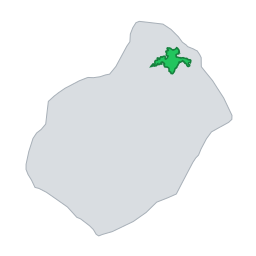 Lithipeng, Mohale's Hoek, Lesotho shown in context, rotated 176°
{"feature_id": "5366337B6317633557829", "entity_name": "Lithipeng", "entity_type": "district", "adm_level": 2, "iso_a3": "LSO", "parent_name": "Lesotho", "parent_adm1": "Mohale's Hoek", "projection": "albers", "projection_center": [27.697, -30.239], "detail": "fine", "context": "in_parent", "style": "filled", "palette": "green", "viewbox_px": 256, "rotation_deg": 176, "n_neighbors": 0, "source": "geoboundaries", "source_scale": "gbopen_adm2", "svg_char_len": 5844}
<svg xmlns="http://www.w3.org/2000/svg" viewBox="0 0 256 256"><g transform="rotate(176 128 128)"><path d="M173.3,178.5L165.3,181.0L164.2,181.2L159.0,180.6L152.2,181.1L146.8,182.5L142.6,183.0L135.8,190.2L123.4,209.8L120.1,213.9L119.1,221.6L116.2,227.7L112.7,232.5L109.3,233.6L99.0,231.7L85.9,229.2L78.2,223.3L71.4,215.5L67.8,209.8L64.1,206.7L62.8,205.0L57.4,202.4L55.4,201.1L53.6,200.1L51.4,196.3L50.1,193.1L50.6,184.0L46.8,178.5L40.3,169.3L36.2,161.7L30.5,151.4L27.0,142.5L23.4,133.3L23.8,129.4L27.2,126.6L37.2,122.0L45.0,118.3L50.5,111.8L56.6,102.0L59.5,96.1L62.5,93.4L65.7,89.2L71.4,80.0L77.7,69.8L84.4,58.8L92.9,55.7L104.6,52.0L115.8,42.5L129.2,34.4L150.8,25.8L160.9,23.6L164.7,22.4L167.1,24.1L169.6,29.1L173.3,33.3L181.7,40.7L185.3,42.5L193.9,53.4L203.2,61.0L213.9,69.6L221.2,74.0L224.9,75.2L227.9,82.8L230.9,88.5L232.6,93.8L232.2,98.9L228.6,111.4L223.5,124.2L219.5,129.4L214.6,132.7L209.8,137.7L207.9,148.0L205.6,160.1L199.4,165.0L194.6,168.2L187.9,172.1L173.3,178.5Z" fill="#d9dde1" stroke="#a8b0b8" stroke-width="1"/><path d="M91.1,195.9L91.4,195.5L91.4,195.3L91.4,194.8L91.5,194.5L91.7,194.4L91.9,194.4L92.1,194.4L92.3,194.5L92.6,195.4L93.0,195.7L93.2,195.9L93.6,195.9L94.0,195.6L94.0,195.1L94.0,194.6L93.8,193.9L93.8,193.6L93.9,193.4L94.1,193.4L95.2,193.5L95.7,193.5L95.9,193.4L96.1,193.1L96.5,192.8L96.6,192.4L96.6,191.8L96.7,190.9L96.7,190.6L96.6,190.4L96.6,189.8L96.7,189.6L96.8,189.3L97.2,189.2L97.7,189.1L97.8,189.1L97.9,189.3L98.2,190.0L98.4,190.3L98.7,190.2L99.4,189.3L100.0,188.9L100.3,188.5L100.8,188.0L101.0,187.7L100.5,187.8L99.9,187.7L99.7,187.8L99.2,188.2L99.0,188.3L98.7,188.3L98.4,188.2L97.6,187.9L97.1,187.9L96.5,188.1L95.7,188.0L95.4,188.2L95.3,188.4L94.9,188.6L94.8,189.0L94.7,189.3L94.7,189.5L94.4,189.7L94.2,189.9L94.0,189.6L93.9,189.7L93.9,189.4L93.7,189.4L93.5,189.1L93.1,189.3L92.4,189.1L92.2,189.3L92.2,189.5L91.6,189.5L91.2,189.5L90.7,189.5L90.5,189.4L90.1,189.4L90.2,189.6L90.7,190.0L90.4,190.1L90.4,190.3L90.5,190.3L90.6,190.6L90.4,190.7L90.2,190.7L90.1,190.8L90.2,191.0L90.1,191.3L89.9,191.3L89.2,191.6L88.9,191.4L89.1,191.3L89.0,191.0L89.2,190.9L89.4,190.7L89.2,190.7L88.9,190.7L88.7,190.6L87.8,190.4L87.6,190.3L87.3,190.0L87.2,189.7L87.6,189.4L87.8,189.1L87.6,188.7L87.6,188.4L87.3,188.5L87.4,188.2L87.5,188.2L87.7,187.9L87.6,187.7L87.3,187.3L87.3,187.2L87.3,186.9L87.3,186.6L87.2,186.5L87.0,186.4L86.6,186.5L86.5,186.3L86.3,186.2L86.1,186.2L85.8,186.2L85.7,186.2L85.3,186.1L85.0,186.2L84.9,186.0L84.6,186.0L84.3,185.7L84.1,185.7L83.5,185.3L83.3,185.0L83.2,184.9L83.1,184.6L82.9,184.2L82.9,183.9L83.0,183.6L83.1,183.3L83.0,182.5L83.1,182.2L83.1,181.8L82.8,181.7L82.7,181.6L82.4,181.4L82.2,181.3L82.2,181.1L82.1,180.9L81.9,180.9L81.9,181.0L81.7,180.8L81.5,180.4L81.4,180.4L81.4,180.2L81.2,179.8L81.3,179.5L81.3,179.4L80.2,179.1L79.9,179.0L79.5,179.2L79.2,179.4L78.8,180.2L78.4,180.6L78.1,180.7L78.0,181.4L77.7,181.5L77.5,182.2L77.3,182.7L77.2,183.1L77.3,183.2L77.1,183.8L76.6,184.0L76.5,184.3L76.0,184.3L75.9,184.5L75.7,184.6L75.7,184.8L75.4,184.8L75.2,184.9L75.0,185.1L75.0,185.3L75.1,185.6L75.1,185.8L75.0,186.0L74.2,186.6L74.1,186.8L74.0,187.0L73.9,187.3L73.9,187.5L73.7,187.5L73.5,188.1L73.4,188.2L72.8,188.8L72.4,189.3L72.5,189.6L72.7,189.9L72.3,190.4L72.0,190.2L71.6,190.1L71.1,189.9L70.8,190.0L70.6,190.3L70.4,190.3L69.9,190.6L69.7,190.6L69.5,190.8L69.1,190.9L69.0,191.0L68.9,191.3L68.6,191.1L68.4,191.0L68.4,190.9L68.2,190.8L68.0,190.7L68.0,190.4L67.9,190.4L67.9,190.1L67.7,189.9L67.4,190.0L67.3,189.8L66.9,189.6L66.7,189.3L66.6,188.9L66.7,188.5L66.5,188.4L66.2,188.5L66.0,188.3L65.9,188.3L65.8,188.2L65.6,188.0L65.5,187.9L65.2,187.6L65.1,187.4L65.1,186.9L65.0,186.7L64.9,186.4L64.8,186.2L64.7,186.1L64.5,185.7L64.2,185.3L63.3,185.1L62.9,185.3L62.5,185.6L62.2,185.7L62.0,186.5L62.2,186.8L62.9,186.9L63.0,187.1L63.1,187.5L63.3,188.0L63.2,188.4L62.9,188.9L62.3,189.0L62.1,188.9L61.7,189.1L61.2,189.1L61.1,188.9L61.0,189.1L61.0,189.3L61.0,189.6L60.9,189.9L60.8,190.1L60.7,190.2L60.7,190.4L60.7,190.5L60.7,190.9L60.7,191.0L60.9,191.2L60.8,191.3L61.0,191.5L61.4,191.8L61.6,191.8L61.9,191.8L62.1,191.6L62.4,191.7L62.6,191.8L62.8,191.8L62.9,192.0L63.3,192.3L63.3,192.2L63.5,192.1L63.7,192.3L63.8,192.4L64.3,192.8L64.3,193.2L64.4,193.3L64.6,193.1L64.8,193.3L65.5,193.3L67.4,194.0L67.6,193.9L68.0,194.3L69.2,194.3L69.3,194.2L69.8,194.2L70.2,194.1L70.3,194.0L70.6,194.3L70.8,194.3L71.1,194.6L71.9,194.5L72.4,194.7L73.0,195.0L73.4,195.1L73.5,195.2L74.0,195.3L74.4,195.2L74.6,195.7L74.9,195.9L74.9,196.3L75.0,196.2L75.1,196.6L75.1,196.9L75.0,197.0L74.9,197.2L74.9,197.7L74.7,197.7L74.6,197.9L74.3,198.1L74.0,198.3L73.8,198.3L73.7,198.4L72.8,198.4L72.8,198.5L72.6,198.6L72.4,198.6L72.5,198.9L72.3,199.1L72.3,199.4L72.1,199.4L72.1,199.7L71.8,199.6L71.9,199.8L71.5,200.1L71.5,200.4L71.6,200.5L71.7,201.2L71.6,201.3L71.7,201.5L71.9,201.4L71.9,201.5L71.7,201.6L71.7,201.8L71.8,202.3L72.0,202.4L72.2,202.9L72.4,203.0L72.5,203.1L72.7,203.3L72.7,203.5L72.9,203.5L73.1,203.7L73.1,203.8L73.0,203.7L73.1,203.9L73.0,204.1L73.2,204.3L73.4,204.3L73.7,204.7L73.9,204.8L74.0,204.7L74.4,204.1L75.1,203.5L76.2,202.9L76.9,203.0L77.3,202.6L77.6,202.6L77.7,202.8L78.2,202.9L78.5,203.1L79.4,203.9L79.7,204.1L79.9,204.5L80.3,204.5L80.6,204.7L81.2,205.0L82.2,205.0L82.9,205.2L83.1,205.2L83.5,204.4L83.4,204.1L83.3,203.9L83.2,203.6L82.7,203.4L82.4,203.1L82.3,202.8L82.4,202.5L83.7,202.1L83.9,202.1L84.4,202.2L84.7,202.0L84.7,201.6L84.9,201.5L84.9,201.4L84.9,201.1L84.2,200.5L84.1,200.2L84.2,199.7L84.5,199.3L84.5,199.1L84.7,198.2L84.5,197.5L84.1,197.3L83.5,197.4L83.1,197.2L82.9,196.9L83.1,196.6L83.5,196.2L83.6,195.7L83.8,195.3L84.3,195.0L85.1,194.2L85.4,194.1L85.6,194.0L85.9,194.3L86.1,194.5L85.9,196.3L86.0,196.7L86.1,196.9L86.3,197.0L86.8,197.1L87.9,197.0L88.3,196.8L88.6,196.4L89.1,196.2L89.3,196.3L89.5,196.6L89.9,196.8L90.3,196.8L90.4,196.7L90.6,196.3L91.1,195.9Z" fill="#22c55e" stroke="#15803d" stroke-width="1.5"/></g></svg>